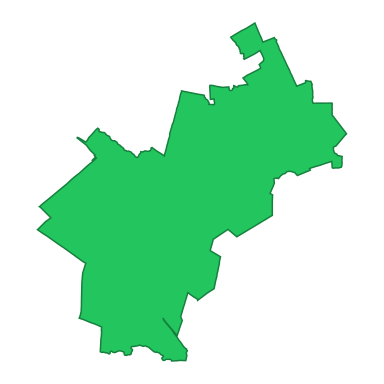 Vlasinesti, Botosani, Romania (Albers equal-area conic projection)
{"feature_id": "2599482B22967990997973", "entity_name": "Vlasinesti", "entity_type": "district", "adm_level": 2, "iso_a3": "ROU", "parent_name": "Romania", "parent_adm1": "Botosani", "projection": "albers", "projection_center": [26.916, 47.927], "detail": "fine", "context": "isolated", "style": "filled", "palette": "green", "viewbox_px": 384, "rotation_deg": 0, "n_neighbors": 0, "source": "geoboundaries", "source_scale": "gbopen_adm2", "svg_char_len": 5922}
<svg xmlns="http://www.w3.org/2000/svg" viewBox="0 0 384 384"><path d="M220.5,256.8L210.2,250.6L213.3,239.3L228.0,229.4L236.8,236.8L272.3,215.4L272.3,201.5L272.6,194.8L270.5,193.7L270.1,193.4L273.1,186.4L274.3,183.4L274.3,182.7L274.1,180.5L273.8,178.8L274.0,178.7L275.6,178.0L276.7,178.3L277.5,178.2L278.5,178.6L280.7,175.7L281.4,175.3L282.4,174.4L283.2,174.0L284.8,173.6L285.2,173.4L286.5,172.0L287.6,171.5L289.1,171.3L291.2,171.5L294.7,172.6L295.1,172.9L296.1,174.2L297.4,175.5L310.3,170.2L309.4,168.5L315.0,166.7L320.3,165.2L324.1,163.8L331.7,161.4L331.9,161.8L331.9,163.9L332.1,165.1L332.1,166.9L332.2,167.6L332.7,168.0L333.0,168.2L335.8,167.9L338.3,168.0L341.3,167.2L341.7,166.4L342.0,164.3L342.1,162.5L341.9,161.8L342.1,156.4L341.1,156.3L339.4,155.8L337.6,155.6L336.9,154.2L334.7,153.1L334.2,152.2L333.6,150.4L333.4,148.5L333.5,147.6L333.6,147.0L333.9,146.8L336.0,146.0L344.9,135.4L346.5,133.9L345.2,132.0L332.0,114.8L332.2,113.5L332.0,111.6L332.2,109.9L332.1,106.8L332.2,103.4L332.0,103.1L312.9,103.2L312.7,101.9L312.3,100.7L312.5,98.7L312.8,98.0L313.0,97.1L312.7,96.1L312.7,90.9L312.2,88.3L311.9,85.5L311.7,85.0L311.7,84.9L312.2,84.6L312.0,84.0L310.8,81.3L309.0,81.3L305.9,80.5L305.5,80.8L305.6,82.4L305.3,82.8L296.6,86.2L296.4,85.5L293.8,80.0L291.7,75.1L290.4,72.7L289.5,70.2L287.5,66.3L281.0,52.3L279.0,48.5L278.9,48.1L278.8,47.2L276.8,42.7L276.3,41.9L276.2,41.3L276.7,40.2L276.6,39.9L275.5,39.5L275.2,39.2L274.4,37.6L262.8,42.1L261.2,37.7L259.7,34.6L254.9,23.0L247.5,27.6L243.7,29.7L241.8,30.5L230.7,37.2L231.1,37.9L232.3,39.2L233.0,40.2L234.3,41.3L234.9,42.1L235.7,42.4L236.0,43.2L235.9,43.5L236.5,44.8L237.0,45.4L238.0,46.1L238.5,46.6L239.6,49.3L240.1,49.9L240.0,51.3L240.6,52.7L240.4,53.3L241.0,53.7L241.7,53.8L242.7,53.3L243.2,53.4L243.8,54.1L243.7,56.1L244.1,57.7L244.1,58.0L243.7,58.5L244.2,59.3L254.7,53.9L260.0,50.5L262.3,55.0L263.5,57.8L263.7,58.5L263.7,59.5L263.5,60.7L263.3,61.0L259.2,64.5L260.0,66.2L260.8,68.2L255.5,71.1L246.8,75.4L245.6,76.3L243.0,78.0L247.2,83.3L247.8,84.8L247.2,84.9L246.0,84.6L245.2,84.7L242.1,85.3L238.5,85.7L238.2,85.9L238.0,86.7L237.6,87.0L237.2,87.1L236.5,87.0L233.9,85.5L233.6,86.0L233.7,86.8L234.0,87.6L233.9,87.9L233.3,88.3L232.6,88.5L232.4,89.8L232.0,90.2L230.9,90.6L230.2,90.5L229.4,90.1L228.8,86.9L222.6,87.4L216.1,86.3L212.9,85.5L210.0,85.3L209.8,85.8L209.9,89.3L210.4,99.4L213.8,99.0L214.2,99.1L214.1,100.6L214.6,102.9L214.3,104.6L208.9,104.4L209.1,103.6L209.1,103.0L208.4,101.5L207.4,100.1L206.7,99.5L205.6,98.8L205.4,98.5L205.3,97.8L204.3,96.6L204.4,95.7L204.2,95.3L203.7,95.1L197.5,94.1L181.5,90.9L181.5,92.1L180.8,93.4L180.3,95.2L179.7,97.8L179.3,100.5L178.9,101.4L177.6,106.4L177.2,107.2L176.6,109.2L176.2,111.6L175.4,114.2L173.6,121.3L173.3,122.5L172.5,123.9L169.7,133.7L169.7,135.5L169.5,136.8L168.3,140.2L168.3,140.8L166.9,145.8L166.1,149.3L164.7,154.1L164.3,155.9L163.0,154.9L156.0,150.5L152.0,147.5L151.1,148.0L151.0,149.4L150.7,150.1L150.2,150.5L149.0,151.2L147.5,151.3L145.2,150.9L144.5,151.0L143.0,151.9L141.1,151.7L140.8,151.7L140.7,151.9L140.7,152.6L140.6,153.1L139.5,154.0L138.2,156.7L137.7,157.2L136.9,157.5L135.8,156.9L135.1,156.3L134.8,156.0L133.9,154.5L132.2,153.5L131.5,152.4L130.5,151.8L129.0,151.2L128.4,151.1L127.3,151.4L126.6,151.0L125.9,150.4L125.0,150.4L124.0,150.0L123.9,148.9L123.3,148.1L121.2,146.5L120.3,145.5L118.1,144.3L117.6,143.5L117.4,142.9L116.9,142.3L115.7,141.3L114.7,140.8L112.7,140.7L111.4,140.1L110.0,137.9L109.8,136.9L109.4,136.4L106.6,135.1L106.3,134.8L105.5,133.5L105.1,133.2L103.9,132.4L102.8,132.6L102.0,132.4L100.7,131.8L99.8,131.9L99.5,131.7L99.0,131.3L98.9,130.7L99.2,129.9L98.9,129.7L98.9,129.2L98.4,128.6L97.7,128.2L95.8,129.9L91.9,134.4L88.5,137.9L88.0,139.3L87.0,140.5L86.6,141.4L85.6,142.0L79.1,138.0L77.4,137.4L77.1,137.9L86.3,145.1L90.2,150.3L95.0,154.9L94.3,155.4L94.3,155.6L95.6,157.0L92.2,160.3L92.6,160.8L96.0,157.7L96.4,158.1L92.4,161.8L88.1,165.2L79.3,173.2L74.4,177.0L70.7,180.2L67.2,183.6L59.5,189.9L50.7,197.3L42.6,203.8L41.0,205.3L40.1,206.2L39.4,206.6L40.4,207.3L50.9,217.8L45.6,221.6L37.5,229.7L43.4,233.8L46.8,235.9L57.5,243.5L66.4,249.6L82.5,261.3L83.9,262.2L85.8,263.1L82.7,273.1L81.9,282.5L81.5,298.6L81.4,306.6L81.3,307.7L81.2,311.2L80.8,313.1L80.1,315.8L79.2,318.2L83.3,319.5L89.9,322.3L94.8,324.0L101.7,327.0L101.3,330.4L101.6,330.6L101.6,331.8L101.5,332.6L101.4,335.8L101.0,338.5L100.3,351.0L100.3,351.7L101.6,352.4L103.8,352.2L104.7,352.4L105.1,352.7L105.7,352.9L106.9,352.7L108.6,353.8L109.0,353.9L109.8,353.7L110.0,353.4L110.4,351.7L110.6,351.4L111.2,351.2L111.8,351.3L112.6,352.1L114.4,352.6L114.9,352.6L115.5,352.2L116.5,352.0L116.9,351.6L119.0,350.9L120.3,350.8L124.0,352.1L124.2,352.8L124.1,353.7L124.4,354.7L124.9,355.2L126.6,355.4L128.0,354.7L130.1,354.7L130.6,354.5L131.0,354.1L131.3,353.6L131.3,352.4L132.3,350.9L132.5,350.3L132.5,349.8L132.3,349.4L131.4,348.8L131.1,348.3L131.1,347.4L131.6,346.6L132.1,346.4L132.7,346.6L133.7,346.5L138.2,345.7L138.8,345.3L139.6,345.0L140.5,345.6L141.1,345.6L143.2,346.3L143.7,346.3L144.6,345.9L145.6,345.8L146.9,346.7L147.8,346.8L148.3,347.0L153.9,351.7L155.0,352.1L157.5,352.3L159.2,353.0L159.8,353.4L161.2,354.9L162.3,355.3L163.3,355.9L163.3,356.7L162.4,357.4L161.9,358.1L161.9,358.7L162.1,359.1L163.1,360.3L164.5,360.4L165.7,359.6L166.6,359.3L170.5,359.4L171.1,359.8L171.6,361.0L177.9,360.7L179.1,360.4L185.8,360.6L186.9,355.4L186.5,354.2L186.3,353.1L186.4,352.5L187.0,351.5L187.3,350.7L186.6,350.0L186.5,349.7L186.6,349.1L185.7,348.6L184.3,347.3L183.2,346.0L180.5,342.0L178.8,340.1L177.8,338.3L176.3,336.2L174.1,333.6L173.7,333.0L173.2,331.8L171.7,329.8L165.9,322.9L164.1,320.6L162.7,318.1L163.2,318.5L164.0,319.8L166.0,322.4L177.2,335.6L179.6,328.2L182.3,320.4L180.7,316.9L183.3,307.7L184.5,304.1L184.8,302.9L187.9,292.6L190.3,294.5L193.7,296.9L197.3,299.0L197.6,300.4L207.5,292.9L214.1,288.7L215.7,280.7L216.9,276.2L217.1,273.9L217.8,271.2L219.3,263.8L219.5,261.4L220.5,256.8Z" fill="#22c55e" stroke="#15803d" stroke-width="1.5"/></svg>